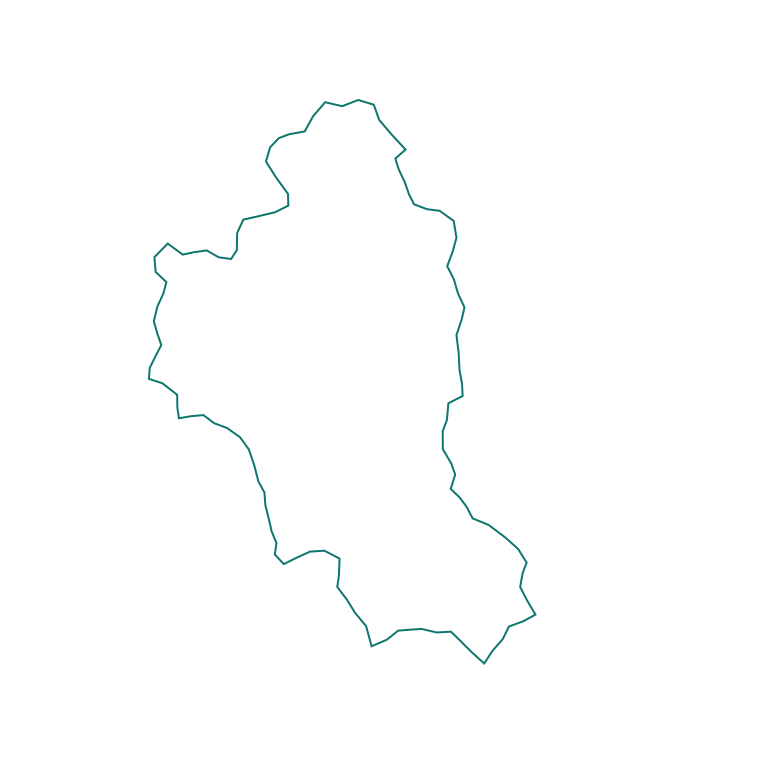 the district of Guarará, Minas Gerais, Brazil, rotated 307°
{"feature_id": "56859067B45812965390443", "entity_name": "Guarará", "entity_type": "district", "adm_level": 2, "iso_a3": "BRA", "parent_name": "Brazil", "parent_adm1": "Minas Gerais", "projection": "robinson", "projection_center": [-43.024, -21.763], "detail": "fine", "context": "isolated", "style": "outline", "palette": "teal", "viewbox_px": 768, "rotation_deg": 307, "n_neighbors": 0, "source": "geoboundaries", "source_scale": "gbopen_adm2", "svg_char_len": 1594}
<svg xmlns="http://www.w3.org/2000/svg" viewBox="0 0 768 768"><g transform="rotate(307 384 384)"><path d="M167.1,531.9L181.6,540.2L195.5,543.7L203.3,552.5L211.1,561.5L217.2,575.5L226.5,586.6L225.0,598.3L222.6,615.6L221.1,632.2L236.4,631.2L251.6,632.4L265.5,629.7L278.7,638.2L291.0,643.7L297.1,628.9L303.8,614.9L316.2,608.6L327.2,605.4L332.9,590.6L334.4,573.8L334.4,552.5L330.0,535.7L335.7,523.7L338.9,512.7L340.4,500.4L354.5,495.4L361.0,485.6L367.3,470.3L381.6,459.3L392.9,456.0L407.4,447.0L421.7,454.0L430.8,446.5L440.5,436.0L454.0,424.7L466.7,412.4L482.3,407.2L493.6,402.2L500.8,388.6L509.6,376.9L516.1,363.6L531.3,359.1L544.5,353.8L556.2,341.5L555.8,324.2L549.5,313.2L545.6,299.9L550.6,289.7L557.5,279.4L564.0,267.1L570.8,257.4L584.2,260.1L587.9,239.6L592.0,221.3L600.9,207.7L595.3,192.5L580.7,183.4L573.6,167.4L555.2,166.2L538.0,168.7L526.3,157.9L517.2,152.1L504.5,150.6L490.6,155.9L483.9,173.9L478.0,193.0L468.9,200.2L455.7,193.7L441.8,182.2L430.6,172.7L416.1,175.9L402.4,185.9L391.8,186.7L385.7,175.7L384.0,162.1L375.1,153.1L366.2,145.4L366.0,126.8L347.2,124.3L336.1,134.1L334.4,148.9L323.3,153.4L309.4,156.4L295.6,162.4L287.8,172.7L281.1,182.7L269.4,184.7L255.9,187.2L246.6,193.2L251.2,206.5L250.9,225.3L241.0,233.0L233.2,240.8L242.7,249.8L250.5,258.6L250.5,272.1L254.4,285.2L254.8,301.2L250.5,315.2L241.0,329.3L230.6,342.3L225.4,353.8L215.9,362.1L207.0,373.1L198.7,382.9L192.2,393.9L182.1,399.4L179.9,412.4L191.6,418.2L205.5,425.7L215.0,436.7L217.8,453.5L204.4,463.0L193.8,468.8L189.4,484.3L183.8,498.6L179.9,515.4L167.1,531.9Z" fill="none" stroke="#0f766e" stroke-width="2"/></g></svg>